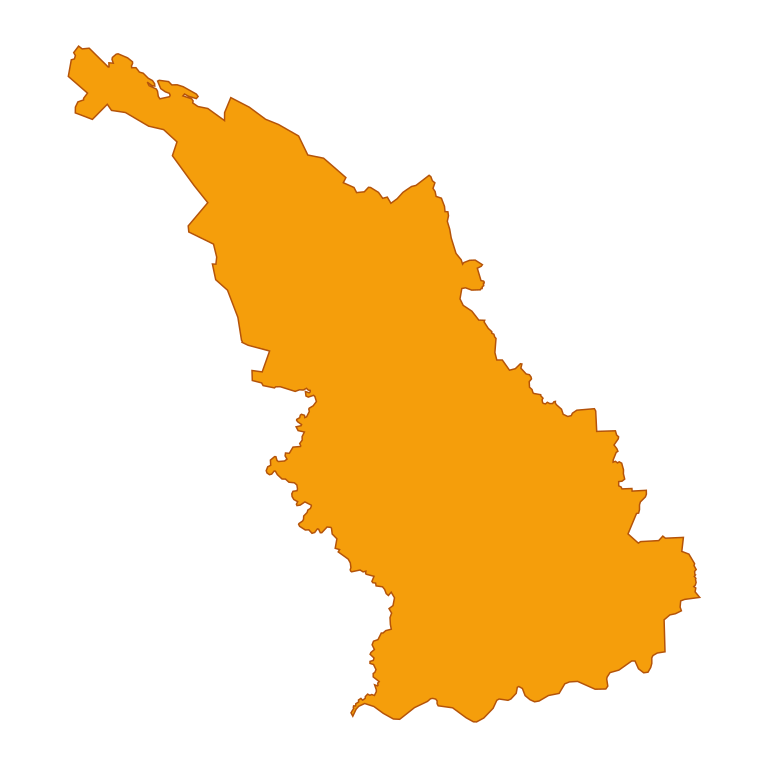 outline of Straupes pag., Pargaujas, Latvia
{"feature_id": "27541924B928212469839", "entity_name": "Straupes pag.", "entity_type": "district", "adm_level": 2, "iso_a3": "LVA", "parent_name": "Latvia", "parent_adm1": "Pargaujas", "projection": "mercator", "projection_center": [24.945, 57.337], "detail": "fine", "context": "isolated", "style": "filled", "palette": "amber", "viewbox_px": 768, "rotation_deg": 0, "n_neighbors": 0, "source": "geoboundaries", "source_scale": "gbopen_adm2", "svg_char_len": 6059}
<svg xmlns="http://www.w3.org/2000/svg" viewBox="0 0 768 768"><path d="M230.8,97.6L224.6,112.6L224.5,120.6L207.8,108.5L197.9,106.5L192.7,102.9L193.1,100.9L191.6,98.8L182.9,95.9L184.5,94.0L188.5,96.2L196.3,98.6L198.1,96.5L196.4,94.1L183.2,86.7L177.2,84.8L171.8,84.9L168.6,81.6L159.2,80.3L157.6,81.1L160.7,88.6L165.3,91.8L169.3,93.3L170.2,95.2L169.5,96.7L159.9,98.8L158.3,96.4L157.5,91.2L156.3,89.0L149.1,85.7L147.3,82.1L151.9,85.6L154.8,86.1L154.6,83.7L152.5,80.6L148.2,78.2L143.2,73.2L139.4,72.1L136.0,67.7L131.7,67.7L131.5,65.9L132.6,63.4L132.5,61.8L127.7,57.9L118.1,53.8L116.2,54.2L112.4,57.4L112.0,59.4L113.3,63.2L108.9,62.8L109.0,66.9L108.2,67.0L89.2,48.2L82.2,48.9L78.6,46.1L73.7,52.6L75.4,55.6L74.4,58.9L71.3,59.8L68.3,76.4L87.5,93.1L83.6,98.3L83.6,99.9L77.9,101.9L75.4,107.1L75.3,112.9L92.4,119.4L107.3,104.3L111.5,110.4L125.4,112.5L148.7,126.2L163.6,129.6L177.0,141.9L172.4,155.7L194.0,185.4L207.8,202.7L188.2,225.9L188.8,232.0L213.5,244.1L216.7,257.1L215.9,264.2L212.4,264.0L215.7,279.7L227.5,290.2L237.9,317.4L241.5,340.2L242.3,341.6L242.0,342.3L248.2,345.3L269.6,351.0L262.2,371.9L252.0,370.5L252.3,380.5L261.6,382.9L263.1,385.6L274.5,387.9L275.6,386.8L280.2,386.7L295.2,391.4L299.5,389.8L303.3,390.0L306.5,388.3L308.3,390.1L310.2,390.4L310.2,391.8L309.2,392.8L305.4,391.5L306.0,396.0L308.3,397.1L313.6,395.3L314.9,396.6L316.4,401.5L313.2,405.8L309.2,408.2L308.8,409.1L309.3,411.5L306.6,416.8L304.8,417.6L304.5,415.3L301.4,414.3L300.3,415.2L299.7,417.7L296.7,419.4L296.6,420.3L297.7,421.8L301.6,424.6L301.1,425.7L296.1,426.8L298.1,430.6L304.4,432.0L302.1,436.6L302.2,440.1L299.7,443.5L300.7,445.7L300.5,446.5L293.0,447.1L289.3,453.3L285.5,453.0L285.1,455.9L287.0,459.1L284.6,461.0L278.3,461.5L277.0,460.4L275.9,456.7L274.6,456.6L270.4,460.1L270.7,465.3L267.7,466.8L266.2,470.7L267.0,473.0L269.5,474.7L271.7,474.1L274.2,471.0L275.4,471.2L277.3,474.6L282.0,479.0L285.5,479.1L288.9,482.2L294.4,482.8L296.9,485.0L297.5,488.9L297.0,490.7L293.0,491.3L291.8,493.8L292.1,496.6L293.8,499.5L297.7,501.7L296.4,504.2L297.0,505.6L300.2,505.1L304.9,501.9L311.2,505.1L311.4,505.9L310.4,508.4L307.8,510.1L307.1,512.5L303.7,516.0L303.5,519.3L302.6,521.0L299.0,523.5L298.6,524.3L299.6,526.3L305.3,530.0L308.8,529.8L312.0,533.3L314.7,532.5L317.4,528.9L318.6,529.2L320.3,532.7L321.8,532.7L327.1,527.0L330.8,527.4L331.5,528.3L332.2,534.0L336.9,538.8L335.2,548.3L339.6,549.6L338.2,551.9L348.2,559.1L350.3,562.9L350.9,567.6L350.2,569.8L350.7,571.1L351.6,571.8L360.1,570.0L363.1,571.9L365.9,571.2L365.6,573.2L366.1,574.2L374.0,576.3L371.9,581.4L372.8,582.7L375.6,583.1L376.1,585.9L382.5,586.8L384.6,589.4L386.2,593.6L388.4,595.5L391.2,592.2L394.5,597.8L393.0,605.6L389.0,608.6L391.6,613.1L390.0,617.6L390.4,624.7L391.3,629.2L385.8,630.6L383.0,633.0L381.3,633.0L378.0,639.6L373.5,641.2L372.1,644.8L374.4,649.5L370.9,652.5L370.1,654.3L374.0,658.0L373.3,660.4L370.0,661.4L370.0,663.4L373.5,664.5L376.0,669.6L374.8,672.4L373.2,673.5L373.2,676.9L379.2,681.6L377.7,683.1L378.0,685.4L377.5,685.9L374.6,684.8L376.3,689.8L376.3,691.7L374.4,695.5L371.7,694.5L369.9,695.3L367.6,694.1L365.3,696.6L365.2,698.3L363.2,699.8L362.5,700.1L360.9,698.4L358.5,700.0L358.6,702.0L355.8,703.7L355.6,705.9L353.6,705.9L353.3,707.4L353.7,708.3L351.0,712.8L352.8,716.2L356.1,709.2L358.7,706.3L364.7,703.5L373.9,706.5L383.2,713.3L393.4,719.0L399.7,719.3L414.5,707.6L427.5,701.4L430.6,698.7L432.8,698.4L435.7,699.1L437.1,700.8L437.1,703.7L438.2,705.8L452.6,707.8L466.2,717.8L473.4,721.8L476.6,721.9L483.8,718.0L493.1,708.3L496.8,700.3L499.1,699.0L508.0,700.3L510.9,699.0L516.2,693.3L517.3,687.3L518.8,686.5L522.4,688.5L525.1,695.6L530.0,699.7L534.6,701.8L539.1,701.0L548.5,695.5L559.1,693.4L564.8,683.8L569.5,681.9L577.6,681.4L595.1,689.2L605.8,689.0L607.8,686.1L606.7,679.0L607.1,677.1L610.0,672.6L618.9,670.1L631.7,661.0L635.0,661.0L638.5,668.8L643.7,672.8L648.0,672.2L650.7,667.5L651.8,663.4L651.8,657.8L653.0,655.5L657.3,653.0L665.0,651.8L664.1,619.8L669.9,614.9L675.5,613.7L681.4,610.8L680.1,607.1L680.7,600.9L684.6,599.4L699.7,597.4L695.1,591.8L695.8,588.0L693.8,586.6L695.3,585.1L696.1,582.5L695.5,579.4L695.9,578.4L694.3,576.4L695.5,574.9L694.9,574.6L694.6,571.4L696.2,569.5L694.0,565.6L694.6,563.7L688.9,554.1L681.8,551.4L683.4,537.4L665.4,538.2L662.8,536.1L658.7,540.6L640.6,541.6L638.3,543.1L628.0,533.9L636.5,513.5L638.6,513.1L639.5,509.7L639.5,504.8L640.4,501.9L645.4,496.9L646.4,494.2L646.3,490.3L632.1,491.1L631.9,488.5L622.0,488.9L621.1,487.0L618.7,485.8L618.7,481.6L622.0,481.2L624.7,479.1L623.4,473.8L623.5,469.8L621.7,463.2L619.2,461.8L617.5,462.9L615.4,461.3L613.1,462.2L613.2,459.9L616.2,452.4L617.9,451.3L616.8,448.6L614.0,445.0L618.3,438.8L618.6,436.8L616.6,435.0L615.4,430.8L596.7,431.4L595.7,411.0L594.4,408.7L576.8,410.2L572.4,413.2L571.3,415.6L567.8,416.5L563.2,414.3L561.5,409.2L556.4,404.7L555.3,403.0L555.4,401.4L554.0,401.7L552.6,403.5L549.8,403.6L547.3,402.3L545.5,403.9L543.4,403.4L542.6,402.6L542.1,399.8L543.0,398.2L540.9,395.9L540.7,394.7L534.0,393.5L533.0,392.8L532.0,389.5L529.5,387.2L529.2,381.7L531.5,378.9L531.0,376.9L529.4,374.7L526.2,374.0L520.9,368.2L521.9,364.0L520.4,363.7L515.3,368.7L509.5,370.2L502.3,360.0L496.8,360.0L494.9,352.6L496.0,338.4L494.7,337.0L493.9,334.3L491.7,333.1L491.8,331.7L488.2,328.3L484.1,321.9L484.7,320.3L478.8,320.1L471.9,311.2L463.2,305.4L460.0,298.9L461.8,288.5L465.5,287.8L471.7,290.1L480.4,289.8L481.2,288.4L482.1,288.5L482.4,286.6L483.7,285.7L483.4,283.3L484.1,283.1L484.2,282.1L483.6,281.1L481.0,280.6L477.3,268.2L481.2,266.3L482.4,264.7L475.2,260.1L469.6,260.3L463.8,262.6L462.6,264.2L461.2,259.8L456.0,253.4L451.2,237.9L449.7,229.2L447.3,221.3L448.5,215.8L447.9,211.8L445.0,211.6L444.5,206.4L441.4,198.2L436.1,196.4L435.1,191.5L433.0,188.4L434.9,182.8L432.4,180.8L430.8,176.6L429.1,175.3L416.0,185.4L411.5,186.5L406.3,190.0L402.9,192.4L397.2,198.7L390.9,203.3L387.3,197.1L382.7,198.3L378.5,192.4L370.6,187.5L368.5,187.3L364.3,191.8L356.6,192.6L354.0,187.5L343.3,182.7L345.9,177.6L323.6,158.2L307.8,155.0L298.6,136.0L278.5,124.5L265.6,119.3L249.3,107.2L230.8,97.6Z" fill="#f59e0b" stroke="#b45309" stroke-width="1.5"/></svg>